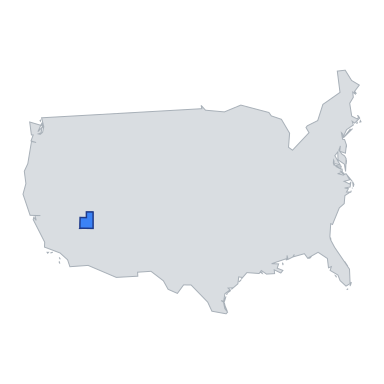 Lincoln, Nevada, United States of America shown in context
{"feature_id": "52423323B70783042425825", "entity_name": "Lincoln", "entity_type": "district", "adm_level": 2, "iso_a3": "USA", "parent_name": "United States of America", "parent_adm1": "Nevada", "projection": "orthographic", "projection_center": [-114.284, 37.76], "detail": "fine", "context": "in_parent", "style": "filled", "palette": "blue", "viewbox_px": 384, "rotation_deg": 0, "n_neighbors": 0, "source": "geoboundaries", "source_scale": "gbopen_adm2", "svg_char_len": 4215}
<svg xmlns="http://www.w3.org/2000/svg" viewBox="0 0 384 384"><path d="M322.9,104.4L340.0,92.4L337.3,71.1L345.2,70.2L351.6,80.5L359.3,85.1L354.3,91.7L355.1,93.9L352.7,92.1L353.3,97.3L349.7,103.3L351.7,116.1L357.1,118.9L358.8,117.1L357.3,115.4L358.4,116.0L359.7,118.1L354.6,123.1L352.2,121.3L353.3,125.0L346.6,129.6L343.2,136.8L342.7,134.0L341.4,132.7L342.6,139.3L344.6,139.6L346.4,144.9L345.4,153.2L339.7,151.2L340.4,145.9L338.9,150.1L341.9,154.1L344.6,155.9L346.1,158.6L345.6,171.5L344.4,164.2L338.0,159.8L337.8,151.9L334.8,155.7L340.2,164.9L335.3,163.7L334.1,164.6L334.0,161.0L333.6,160.1L333.3,163.1L334.0,165.1L341.2,166.3L340.7,168.6L336.8,166.4L335.6,166.3L340.4,168.9L342.1,169.1L342.3,171.9L339.8,170.8L344.0,173.3L343.5,174.1L341.4,172.8L337.6,173.6L343.3,175.1L346.0,173.7L352.3,181.4L347.2,175.6L349.7,179.8L344.1,181.3L349.6,184.0L350.9,181.8L350.1,187.0L344.6,188.0L348.4,188.7L346.5,192.0L350.2,192.0L344.9,195.6L344.2,203.6L339.3,207.9L332.5,224.5L330.7,223.7L329.9,236.5L330.4,239.4L334.6,247.3L349.5,269.2L350.1,283.6L346.0,286.1L340.1,280.6L337.9,275.0L330.1,270.4L331.4,266.6L328.5,267.8L327.4,258.5L318.1,252.3L307.7,258.2L304.4,253.7L293.4,256.8L294.3,254.4L292.8,257.0L288.0,259.4L287.1,255.4L286.9,258.5L271.6,263.7L278.6,263.9L277.2,268.2L282.9,270.4L280.8,273.0L274.2,269.8L274.6,273.6L266.5,274.1L261.3,270.5L259.1,273.5L246.9,272.6L241.1,279.3L242.6,277.5L238.7,276.9L237.9,283.8L231.4,289.4L232.9,287.8L228.1,288.1L230.0,289.9L224.9,293.7L223.7,301.2L221.1,300.6L223.5,302.1L224.8,308.6L227.6,312.1L226.1,313.8L211.9,311.2L207.7,302.1L191.1,285.0L183.6,284.9L177.4,293.4L168.1,289.3L163.4,280.8L151.0,271.3L137.6,272.2L137.8,276.2L116.3,277.4L88.1,265.4L69.9,266.7L67.6,259.8L60.1,253.0L44.5,247.1L44.7,242.2L33.2,219.6L33.8,217.3L36.2,220.4L34.9,215.5L40.4,215.6L30.1,215.3L23.0,194.2L25.9,183.6L24.3,171.2L27.8,163.7L31.5,141.5L36.1,142.5L31.0,140.9L33.2,135.0L31.4,134.9L29.7,122.0L40.8,125.3L37.9,131.7L42.0,127.3L41.1,132.8L38.3,133.9L40.2,134.4L42.6,132.3L43.8,126.7L41.6,117.8L201.9,108.7L201.1,105.4L205.5,110.2L224.4,111.9L240.8,105.1L268.9,112.5L271.3,115.9L281.4,119.3L289.6,133.2L288.5,147.3L292.5,150.2L309.0,132.7L306.0,127.5L307.3,125.8L317.7,120.6L322.9,104.4ZM349.9,130.9L352.6,128.6L343.4,137.8L350.4,128.9L349.9,130.9ZM41.9,123.2L43.1,126.9L42.9,127.4L41.1,124.5L41.9,123.2ZM227.2,311.0L224.6,305.6L224.3,302.3L225.0,305.7L227.2,311.0ZM355.2,91.7L356.1,93.3L355.5,93.3L355.2,91.7ZM261.7,272.1L262.3,273.4L260.8,272.6L261.7,272.1ZM50.4,253.0L52.2,252.3L52.3,252.5L50.4,253.0ZM48.5,252.3L47.7,253.2L47.1,252.3L48.5,252.3ZM357.4,121.8L357.1,123.3L356.7,123.2L357.4,121.8ZM224.9,299.1L224.3,301.9L226.0,296.4L224.9,299.1ZM344.9,261.8L347.8,266.2L344.5,261.5L344.9,261.8ZM59.5,257.8L60.3,259.3L59.4,257.9L59.5,257.8ZM350.9,284.0L350.0,286.1L351.3,282.0L350.9,284.0ZM353.9,184.3L353.3,186.8L352.6,181.7L353.9,184.3ZM40.6,120.2L40.5,121.2L40.0,120.7L40.6,120.2ZM230.2,291.0L227.8,292.6L230.3,290.6L230.2,291.0ZM360.4,120.6L361.0,121.8L359.9,122.1L360.4,120.6ZM59.3,261.8L59.9,263.6L59.1,262.0L59.3,261.8ZM227.3,293.8L226.4,294.6L227.2,293.4L227.3,293.8ZM346.5,160.9L346.2,164.1L346.3,159.8L346.5,160.9ZM240.5,280.6L239.0,282.0L241.1,279.7L240.5,280.6ZM330.6,237.7L330.9,239.9L330.3,238.5L330.6,237.7ZM350.8,192.1L350.5,192.7L351.3,190.6L350.8,192.1ZM311.5,256.4L309.9,258.1L309.1,258.2L311.5,256.4ZM287.2,259.3L287.0,259.7L285.8,260.0L287.2,259.3ZM335.9,275.9L336.5,277.3L335.5,275.7L335.9,275.9ZM283.0,263.7L283.0,265.1L282.4,262.7L283.0,263.7ZM347.7,289.2L346.7,289.7L348.0,288.7L347.7,289.2ZM346.5,145.9L346.4,147.4L346.4,145.3L346.5,145.9ZM352.5,187.7L352.1,188.4L352.5,187.7Z" fill="#d9dde1" stroke="#a8b0b8" stroke-width="1"/><path d="M93.1,227.0L93.1,226.2L93.1,225.8L93.1,225.7L93.1,224.9L93.1,224.5L93.1,224.4L93.1,223.7L93.1,223.2L93.1,222.8L93.1,222.6L93.1,222.4L93.1,221.7L93.1,221.3L93.1,220.3L93.1,220.2L93.1,219.7L93.1,219.3L93.1,219.1L93.1,218.0L93.1,216.7L93.1,215.8L93.1,215.7L93.1,214.4L93.1,213.5L93.1,213.1L93.1,212.9L93.1,212.0L92.3,212.0L92.3,211.9L86.4,211.9L86.4,217.6L80.1,217.5L79.9,224.4L79.9,228.1L79.8,228.3L81.0,228.3L81.0,228.2L88.0,228.3L92.3,228.4L93.1,228.4L93.1,227.4L93.1,227.0Z" fill="#3b82f6" stroke="#1e3a8a" stroke-width="1.5"/></svg>